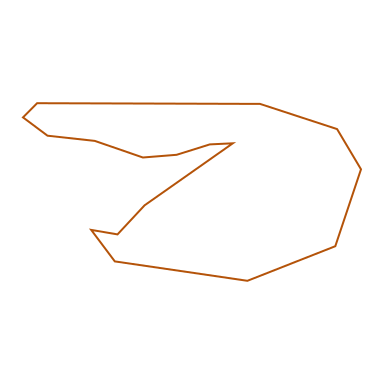 an SVG outline of Palmyra Atoll
{"feature_id": "UMI-5178", "entity_name": "Palmyra Atoll", "entity_type": "state/province", "adm_level": 1, "iso_a3": "UMI", "parent_name": "United States Minor Outlying Islands", "parent_adm1": "", "projection": "natural_earth1", "projection_center": [-162.082, 5.88], "detail": "fine", "context": "isolated", "style": "outline", "palette": "amber", "viewbox_px": 384, "rotation_deg": 0, "n_neighbors": 0, "source": "natural_earth", "source_scale": "10m", "svg_char_len": 338}
<svg xmlns="http://www.w3.org/2000/svg" viewBox="0 0 384 384"><path d="M337.1,129.1L361.0,169.3L335.3,246.2L247.4,280.8L114.8,261.4L91.2,229.9L117.5,234.4L144.6,205.3L232.8,143.3L209.8,144.4L176.6,154.8L142.9,157.5L94.8,140.9L47.5,135.7L23.0,117.4L37.1,103.2L260.0,103.9L337.1,129.1Z" fill="none" stroke="#b45309" stroke-width="2"/></svg>